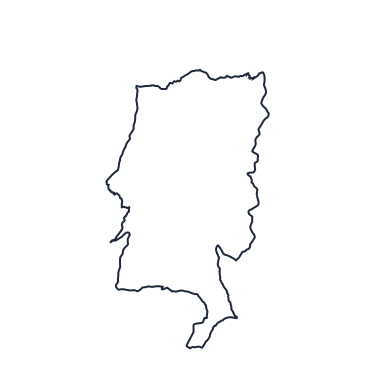 Pamplonita, Norte de Santander, Colombia, rotated 28°
{"feature_id": "7082276B88663315175961", "entity_name": "Pamplonita", "entity_type": "district", "adm_level": 2, "iso_a3": "COL", "parent_name": "Colombia", "parent_adm1": "Norte de Santander", "projection": "natural_earth1", "projection_center": [-72.634, 7.481], "detail": "fine", "context": "isolated", "style": "outline", "palette": "slate", "viewbox_px": 384, "rotation_deg": 28, "n_neighbors": 0, "source": "geoboundaries", "source_scale": "gbopen_adm2", "svg_char_len": 6064}
<svg xmlns="http://www.w3.org/2000/svg" viewBox="0 0 384 384"><g transform="rotate(28 192 192)"><path d="M186.0,60.9L185.4,61.8L185.2,62.9L184.8,62.3L184.6,62.8L183.9,63.1L183.3,63.8L182.4,65.9L180.3,66.7L179.2,68.3L175.7,69.6L174.8,70.4L173.9,71.7L172.5,72.9L171.2,72.7L169.7,73.2L168.9,72.9L168.5,73.0L168.1,73.4L168.0,74.4L167.5,75.4L166.2,76.4L163.3,77.3L162.9,78.4L162.0,79.2L160.9,81.2L159.9,82.3L159.2,82.5L158.3,82.3L156.0,83.2L155.0,83.2L152.7,82.6L150.7,81.0L148.6,80.1L143.5,80.8L142.0,80.4L141.5,80.5L141.2,81.5L138.3,82.8L137.0,84.2L135.8,84.9L134.7,86.1L133.1,89.6L131.1,92.6L130.3,94.4L129.1,96.0L128.9,96.4L129.4,98.6L129.4,99.2L129.0,100.0L128.3,100.4L127.0,100.5L126.6,101.5L126.0,102.2L124.7,102.4L124.3,102.7L123.6,105.5L121.9,105.7L121.3,106.1L121.1,107.4L121.3,109.0L120.8,109.7L120.6,110.4L121.0,112.1L120.9,113.0L120.6,113.4L119.4,113.9L117.1,115.2L116.2,115.4L112.4,114.5L111.5,114.7L109.7,115.7L107.8,115.9L103.6,118.9L101.4,120.1L97.0,123.4L93.3,124.4L93.9,126.2L94.4,126.6L95.5,127.0L96.1,127.7L98.8,134.2L99.6,137.0L101.8,139.7L104.6,143.7L105.4,146.5L105.7,150.2L106.0,151.1L108.1,155.3L108.9,158.4L109.0,159.9L109.7,161.7L110.6,163.0L110.8,165.5L110.4,171.3L110.8,172.4L112.0,173.7L112.2,174.5L112.2,175.2L111.6,178.3L111.5,180.6L112.1,183.4L112.1,184.8L111.8,186.4L112.1,187.1L112.2,189.2L112.9,191.7L112.6,193.3L112.6,195.0L113.1,197.0L113.7,197.9L113.6,199.1L115.5,204.4L116.1,206.6L116.2,207.9L115.9,208.7L115.1,209.6L113.5,214.0L111.8,220.7L111.6,223.2L112.6,224.0L112.9,224.9L114.2,225.3L115.0,224.9L115.1,225.9L117.0,228.5L117.6,228.9L118.7,228.8L119.6,229.7L120.5,229.4L121.0,230.0L121.7,229.5L122.8,229.7L123.5,229.3L123.7,229.8L123.8,230.5L124.8,230.6L125.2,230.2L125.5,229.2L126.4,228.5L129.5,229.2L131.6,231.2L133.0,231.1L135.0,233.4L135.6,235.8L136.7,237.1L136.9,238.3L137.2,238.5L137.6,238.3L138.9,236.9L140.0,237.0L141.3,236.3L142.1,236.6L142.9,236.1L143.6,235.0L143.9,235.1L144.4,237.1L145.5,238.6L144.7,241.4L145.0,242.2L144.8,243.6L145.0,244.5L144.3,245.2L144.1,246.7L144.2,247.1L145.4,248.0L145.9,248.6L145.8,249.6L145.0,251.1L145.2,252.9L145.5,254.1L147.3,255.8L147.3,256.6L147.9,258.0L147.5,259.0L147.7,260.1L147.4,260.8L146.8,264.8L146.2,267.1L146.6,269.0L145.8,270.7L143.9,272.6L143.9,273.7L143.4,275.3L144.6,272.5L145.7,271.6L146.9,271.1L147.8,270.1L151.2,264.2L151.7,261.9L152.9,258.9L154.5,257.8L155.5,257.6L155.9,257.7L156.6,258.6L157.1,258.9L157.3,263.7L159.2,267.0L160.0,267.9L159.9,269.2L158.8,272.7L158.5,274.4L158.6,275.9L159.4,277.9L159.8,279.6L159.4,282.6L159.5,283.9L160.7,286.5L163.6,291.6L164.0,293.0L164.1,294.7L164.8,297.8L166.1,300.2L167.7,304.2L168.9,305.7L168.6,309.0L168.6,310.0L169.3,311.3L171.7,312.5L172.6,312.7L173.3,312.6L175.1,311.1L177.3,310.0L183.1,308.2L187.6,305.6L190.2,305.3L190.8,304.9L192.3,302.3L193.1,299.6L196.1,297.5L197.9,295.7L200.0,295.1L201.7,294.2L206.3,291.0L210.6,289.5L210.5,290.9L211.0,291.9L211.6,291.5L212.2,291.5L214.5,288.6L215.2,288.1L216.7,288.5L217.6,288.4L218.2,288.7L219.6,288.6L220.7,289.3L222.6,288.1L224.4,287.7L228.0,284.5L229.5,283.6L232.0,283.1L236.2,281.6L238.5,281.5L242.6,280.8L243.7,280.0L244.5,279.9L245.4,280.1L246.8,281.0L248.4,281.5L250.8,282.8L253.2,283.8L254.7,283.9L255.9,284.9L257.4,285.5L260.0,288.8L260.9,289.4L261.8,290.5L263.5,295.2L264.2,295.9L263.9,296.6L262.3,297.3L262.2,297.7L262.7,300.9L262.6,302.3L261.4,303.6L258.6,305.4L256.9,306.8L255.9,307.9L255.9,308.7L256.3,309.9L257.3,311.4L259.1,315.1L259.2,327.3L259.1,329.4L259.6,330.4L260.5,330.7L262.4,330.9L263.9,330.7L264.5,329.5L265.4,328.5L267.4,327.8L270.0,325.7L271.5,325.0L272.9,325.0L274.0,324.6L274.5,320.0L274.4,317.4L275.0,316.5L275.4,314.2L275.5,312.2L275.4,310.7L274.8,309.2L274.6,307.4L274.6,305.6L274.9,303.4L274.4,302.5L274.3,301.5L274.7,299.5L275.0,299.2L275.6,299.0L275.9,296.8L276.4,294.8L277.5,293.6L278.1,292.0L279.4,290.9L279.9,289.3L280.7,288.0L282.5,286.0L285.1,284.3L290.1,282.7L290.6,282.4L290.7,281.8L290.0,281.2L288.0,281.2L286.8,280.5L286.1,279.7L285.0,279.2L284.6,278.6L281.9,277.2L280.0,274.0L278.9,273.2L277.7,271.4L277.1,271.1L276.1,271.1L275.2,270.5L273.8,268.3L273.0,267.4L272.5,265.8L270.7,264.9L269.6,263.3L267.1,261.8L266.4,261.7L263.7,260.2L262.6,259.1L261.1,258.5L259.4,257.0L257.9,256.3L257.2,254.4L255.5,252.2L254.1,250.0L254.0,249.4L253.4,249.0L252.8,246.9L252.0,246.3L250.3,245.5L249.1,244.3L248.6,243.5L248.2,242.5L247.1,239.2L246.8,237.2L246.5,236.9L245.6,236.7L244.5,235.5L242.9,234.5L240.6,232.0L240.0,231.3L239.5,228.4L239.8,227.2L240.3,226.9L241.2,227.2L245.5,229.6L247.9,231.3L249.1,231.8L250.7,231.9L252.7,231.4L256.6,231.1L260.7,231.3L262.9,231.8L264.3,227.6L264.6,221.4L266.7,219.3L267.2,217.5L268.2,216.4L269.0,214.7L269.0,213.3L268.1,211.3L268.0,210.1L268.5,207.3L268.8,203.1L268.4,202.0L266.9,200.5L264.8,199.6L261.7,197.6L260.0,195.7L259.5,194.4L259.0,189.8L257.6,187.3L257.0,185.7L256.6,185.4L252.9,184.7L252.2,184.3L251.0,182.6L251.2,181.3L252.8,179.1L254.4,176.3L255.8,174.2L256.3,172.8L256.4,171.5L255.8,170.0L255.0,169.0L252.3,166.2L251.0,164.4L250.0,163.3L248.7,159.4L247.5,158.5L244.0,157.6L242.1,156.1L240.2,155.7L239.6,154.7L239.5,153.8L237.0,151.3L236.4,150.9L234.1,150.8L232.7,150.0L232.4,149.5L233.8,147.9L236.9,146.0L237.3,145.2L237.4,143.1L236.5,141.3L235.6,140.3L233.8,137.2L233.8,136.9L235.1,134.9L235.3,133.9L235.2,133.1L234.2,131.4L233.5,129.3L232.9,128.5L231.8,128.2L230.7,128.0L229.1,128.2L226.3,127.9L226.1,127.4L225.9,126.4L226.1,121.8L225.7,119.5L223.7,116.8L223.4,115.9L223.4,113.4L224.4,110.4L224.5,109.5L224.0,108.3L221.7,106.1L221.2,104.6L221.6,100.6L221.7,96.2L222.2,93.2L223.5,90.5L223.7,89.6L223.3,87.4L222.8,86.6L220.9,85.7L218.3,83.8L214.7,82.9L211.7,81.4L211.2,80.5L210.9,78.4L210.6,74.9L211.0,71.5L210.9,70.4L210.6,69.4L209.5,67.6L207.0,65.1L206.0,64.5L205.1,63.5L204.3,60.7L202.7,57.4L201.1,55.1L199.4,53.6L198.6,53.1L198.1,53.2L197.3,53.8L197.0,54.8L195.8,55.4L195.7,56.8L195.4,58.7L192.9,63.3L192.6,62.2L192.1,62.9L191.2,63.3L190.8,64.2L189.6,64.8L189.1,64.0L188.7,64.1L188.6,62.9L188.8,62.8L188.6,62.5L186.5,61.6L186.0,60.9Z" fill="none" stroke="#1e293b" stroke-width="2"/></g></svg>